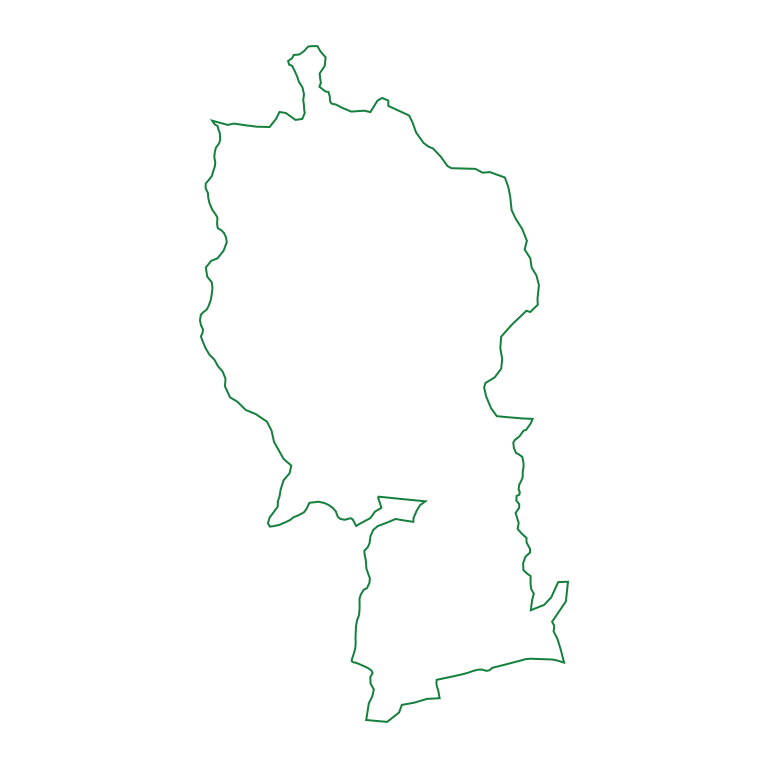 outline of Landero y Coss, Veracruz, Mexico
{"feature_id": "50627088B86274665639855", "entity_name": "Landero y Coss", "entity_type": "district", "adm_level": 2, "iso_a3": "MEX", "parent_name": "Mexico", "parent_adm1": "Veracruz", "projection": "orthographic", "projection_center": [-96.854, 19.743], "detail": "fine", "context": "isolated", "style": "outline", "palette": "green", "viewbox_px": 768, "rotation_deg": 0, "n_neighbors": 0, "source": "geoboundaries", "source_scale": "gbopen_adm2", "svg_char_len": 5956}
<svg xmlns="http://www.w3.org/2000/svg" viewBox="0 0 768 768"><path d="M564.1,662.6L561.4,652.1L561.0,650.4L557.4,638.8L556.2,636.4L553.6,631.5L553.9,629.0L554.3,625.8L553.0,623.5L552.1,621.7L559.1,611.4L565.9,601.4L566.0,600.4L566.4,596.5L568.0,581.8L565.5,581.8L564.3,581.9L558.2,582.1L556.3,586.2L553.3,592.8L551.2,597.4L547.0,601.8L544.4,604.7L544.3,604.8L531.6,609.9L530.8,610.2L531.5,604.7L532.2,599.8L533.8,593.6L533.2,592.7L531.8,590.2L531.2,589.1L530.8,585.9L530.5,583.5L530.6,580.6L530.6,576.1L530.1,575.7L527.9,574.2L523.4,570.2L523.3,567.7L523.1,563.1L524.3,559.9L525.4,556.7L530.1,552.5L530.0,548.8L528.6,546.3L526.5,542.3L526.5,538.0L522.3,534.1L521.9,533.8L517.6,528.9L518.3,525.1L518.7,523.2L516.3,515.3L515.6,513.0L519.1,507.9L519.2,504.0L519.0,503.9L516.3,500.6L516.6,496.3L516.6,495.9L519.3,494.8L519.6,493.1L519.8,492.1L519.3,491.0L518.6,489.3L519.2,484.7L519.8,483.6L521.3,480.7L521.8,479.4L522.7,477.1L522.7,471.8L523.6,466.7L523.4,461.8L523.0,460.4L522.6,458.5L522.3,456.9L518.7,454.3L516.0,452.9L513.9,447.9L513.4,443.5L513.3,442.6L514.7,440.1L519.0,436.7L519.5,436.3L520.7,434.6L523.6,430.6L525.2,430.2L526.0,430.0L530.8,423.3L532.6,418.9L521.8,418.4L513.9,417.7L513.6,417.7L503.2,416.8L498.2,416.3L496.8,416.2L495.4,414.2L491.1,408.3L491.0,408.1L486.1,396.3L484.1,387.4L485.5,382.9L487.2,381.9L488.9,380.9L494.6,377.5L501.2,368.7L502.2,358.8L500.3,348.3L500.8,341.1L501.1,336.8L502.3,335.4L512.0,324.5L526.4,310.8L530.3,312.0L532.8,309.5L537.0,305.5L537.8,304.8L537.5,298.7L538.9,285.6L538.9,285.3L538.2,282.3L537.3,278.9L536.4,275.4L534.0,271.5L531.7,267.7L531.4,266.1L530.3,258.3L524.6,249.5L525.2,247.3L526.9,240.8L523.2,231.4L522.1,228.8L515.9,219.1L514.2,215.6L511.6,210.0L510.2,196.6L509.5,193.0L508.3,187.0L504.9,177.5L500.7,176.0L489.8,172.1L482.7,172.7L475.4,168.9L473.7,168.8L451.4,168.2L447.4,166.0L440.9,156.8L432.9,148.4L428.8,146.8L423.6,143.0L416.1,132.5L412.4,122.2L409.1,115.5L388.3,105.9L388.3,100.5L382.0,98.0L377.4,100.7L370.4,112.1L364.3,110.7L352.7,111.5L351.2,111.6L349.8,111.0L341.7,107.6L336.1,104.6L334.3,104.2L331.7,103.7L331.0,102.7L330.0,101.1L329.9,99.7L329.8,96.6L328.7,92.7L328.5,92.1L325.3,91.4L319.4,86.7L319.5,86.3L320.9,82.8L320.2,78.8L319.7,74.0L319.7,73.4L321.0,71.5L324.8,65.7L324.8,65.2L325.1,62.3L325.6,57.3L321.3,52.4L320.4,51.3L317.4,46.1L312.0,46.1L308.1,46.6L304.0,51.1L299.3,54.5L293.7,55.0L292.0,58.3L289.4,60.1L288.1,61.0L289.2,64.7L292.2,65.8L292.6,66.7L294.5,70.6L295.1,71.9L297.3,76.9L298.2,79.7L298.9,81.8L302.5,87.5L303.3,91.3L304.0,94.2L303.2,100.2L303.7,103.2L303.9,104.7L304.2,109.8L304.8,112.8L304.4,113.8L302.4,118.7L302.3,118.9L295.5,119.9L294.8,119.4L285.8,113.0L279.5,112.0L276.1,118.8L269.6,127.0L256.9,126.7L247.2,125.5L233.9,123.6L227.6,124.9L223.7,123.8L212.2,120.7L214.7,124.4L215.0,124.5L217.6,126.1L218.4,129.5L219.8,133.0L220.2,139.5L220.2,139.8L219.7,141.2L219.1,143.3L216.0,147.6L215.8,148.1L215.1,151.0L214.8,152.0L214.3,157.4L215.3,162.2L215.1,164.2L214.8,166.5L213.1,171.6L211.9,176.0L210.1,178.3L208.7,180.0L205.7,183.6L205.7,184.8L205.6,188.2L207.9,192.9L208.3,198.0L208.4,198.6L209.3,202.5L210.1,204.6L212.3,209.8L215.4,214.1L217.4,217.5L217.1,224.0L217.7,228.1L221.1,230.1L224.0,233.0L225.9,237.1L226.8,242.1L223.6,250.7L218.5,257.1L217.7,258.2L211.2,260.8L206.7,266.4L205.8,267.4L207.1,275.8L207.2,276.6L211.7,282.2L212.5,287.9L212.4,288.3L212.0,292.3L211.4,296.2L210.8,299.9L208.8,305.5L206.8,309.5L203.3,312.2L200.8,314.9L200.6,316.5L200.0,320.2L200.0,320.4L200.9,325.0L203.0,329.5L202.8,331.0L202.6,332.8L200.9,336.4L202.2,340.1L203.1,342.3L204.4,345.4L205.5,348.0L207.2,350.9L209.5,354.8L214.2,359.4L215.9,362.4L218.1,366.4L222.6,371.5L222.8,372.0L224.5,376.2L225.5,378.6L225.3,381.8L224.9,386.2L230.0,397.2L230.5,397.6L235.5,400.6L237.6,401.9L240.9,405.2L245.8,410.0L254.3,413.5L255.8,414.1L258.7,416.1L266.9,421.6L267.4,422.5L271.3,430.1L271.5,430.5L274.0,441.8L279.7,452.0L283.6,458.9L291.3,465.6L289.6,473.2L288.0,475.1L283.7,480.1L283.3,481.2L280.9,488.7L280.6,489.4L280.6,489.9L279.4,497.0L277.8,501.4L277.8,504.2L277.8,506.5L273.9,511.9L269.7,517.4L269.4,518.4L267.9,523.2L269.9,526.6L273.3,526.2L276.0,525.6L279.0,525.0L285.5,522.2L287.6,521.2L290.1,520.0L293.3,517.4L295.2,516.6L298.2,515.4L302.4,513.2L304.0,512.3L305.4,510.4L306.6,508.8L309.4,502.8L313.2,502.4L318.4,501.7L320.2,502.1L322.4,502.6L324.6,503.1L328.5,504.9L332.8,507.9L335.7,511.3L336.2,512.4L336.3,512.7L337.7,516.5L340.3,518.9L344.6,519.8L350.7,518.2L352.0,519.0L352.6,519.3L353.0,520.0L356.2,526.0L359.9,523.7L363.1,522.0L365.0,520.9L370.4,518.1L375.0,511.6L378.9,509.3L381.4,507.8L381.0,506.6L379.8,502.7L378.1,497.6L378.6,496.9L378.7,496.7L385.0,497.3L390.7,497.9L410.6,499.9L425.4,501.3L420.1,505.1L416.8,510.5L416.7,510.6L415.4,513.7L413.6,517.6L413.3,521.8L408.9,521.2L403.8,520.4L397.9,519.4L395.6,519.0L389.9,521.4L386.3,522.9L381.5,524.7L377.6,526.2L373.3,529.9L370.5,536.1L369.9,540.3L369.6,542.9L369.3,543.7L367.8,547.0L366.3,548.7L364.9,550.2L364.3,550.9L364.7,554.8L364.9,556.0L365.7,559.8L365.9,561.1L366.4,568.6L368.6,574.9L369.9,578.3L369.4,582.9L367.0,588.1L363.7,589.8L360.8,594.5L359.5,598.9L359.6,607.8L359.1,614.8L358.2,617.2L357.1,620.2L356.0,626.0L355.5,638.2L355.7,642.5L355.3,648.2L354.7,650.4L354.2,652.3L354.1,652.7L352.7,657.0L352.3,658.0L351.6,661.0L353.5,662.4L355.8,662.7L362.4,665.4L365.3,666.8L367.7,667.9L371.4,670.4L372.6,673.1L370.3,677.0L370.3,678.1L370.6,683.6L373.8,689.5L372.3,696.3L371.5,697.9L368.8,703.4L366.2,720.0L366.6,720.0L373.6,720.7L387.1,721.9L391.3,718.6L399.1,712.5L401.8,704.9L414.1,702.7L426.8,698.9L430.7,698.7L439.6,698.2L438.4,691.3L437.0,686.6L436.4,683.4L436.6,681.0L436.7,679.8L452.5,676.5L462.7,674.2L467.6,672.9L473.2,670.9L478.5,669.6L481.9,669.6L486.8,670.9L489.7,670.1L492.3,667.8L502.4,665.3L503.7,665.0L504.4,664.8L510.4,663.2L516.6,661.6L518.9,661.0L525.8,659.1L528.7,658.9L530.5,658.7L540.6,659.1L552.6,659.5L553.0,659.6L557.6,660.6L564.1,662.6Z" fill="none" stroke="#15803d" stroke-width="2"/></svg>